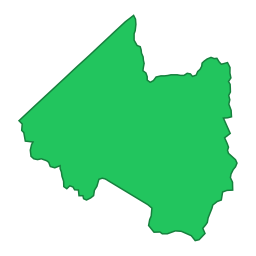 the district of Cerro Grande do Sul, Rio Grande do Sul, Brazil
{"feature_id": "56859067B43846706170936", "entity_name": "Cerro Grande do Sul", "entity_type": "district", "adm_level": 2, "iso_a3": "BRA", "parent_name": "Brazil", "parent_adm1": "Rio Grande do Sul", "projection": "albers", "projection_center": [-51.747, -30.579], "detail": "fine", "context": "isolated", "style": "filled", "palette": "green", "viewbox_px": 256, "rotation_deg": 0, "n_neighbors": 0, "source": "geoboundaries", "source_scale": "gbopen_adm2", "svg_char_len": 1769}
<svg xmlns="http://www.w3.org/2000/svg" viewBox="0 0 256 256"><path d="M19.0,120.7L22.2,124.0L21.7,130.4L23.8,132.6L25.3,141.1L33.0,142.0L31.6,144.5L30.3,150.1L31.0,156.3L33.8,158.8L37.6,159.6L41.3,158.8L46.6,160.7L48.7,162.3L50.3,166.5L54.8,167.8L60.1,165.7L60.2,168.8L61.4,172.0L62.0,176.3L63.6,181.2L63.8,186.6L66.8,188.7L69.8,185.8L73.0,187.0L74.6,189.8L78.4,190.0L79.0,195.7L82.9,195.7L83.6,198.7L86.5,200.0L90.7,197.9L93.6,195.6L94.4,190.3L96.9,186.3L98.9,179.3L102.2,178.2L105.2,178.9L147.9,204.7L151.9,208.1L151.2,216.0L149.7,219.6L148.6,225.5L154.0,232.2L160.0,232.0L162.3,233.8L167.3,233.8L175.3,230.9L181.3,231.3L191.3,235.7L195.2,240.6L199.1,239.7L205.0,233.5L202.8,228.3L205.7,224.8L207.3,222.5L208.1,217.9L211.9,208.4L212.8,205.0L217.2,201.5L221.3,200.0L222.6,192.0L226.9,190.4L232.7,190.1L232.5,182.2L230.4,177.7L231.0,174.1L233.2,169.6L235.5,166.8L237.0,163.1L235.5,159.7L228.5,153.4L227.5,150.4L228.5,147.2L227.1,143.4L224.6,137.8L230.2,133.4L223.4,118.1L227.6,117.8L231.5,116.8L231.1,110.3L228.8,104.1L229.8,99.8L228.7,95.4L230.4,92.0L230.3,88.0L230.1,84.3L228.5,81.5L230.9,77.9L229.9,73.1L230.0,67.5L227.5,62.6L223.8,63.6L221.3,64.2L219.2,62.0L216.9,58.3L214.2,58.6L211.0,57.4L207.1,59.0L204.2,61.1L202.1,63.1L201.7,66.3L200.1,69.3L197.7,71.5L196.2,75.1L192.5,76.4L190.4,73.9L187.2,73.3L184.0,75.4L180.5,75.4L177.2,74.8L173.9,74.8L171.0,74.8L167.8,75.5L164.4,75.9L160.8,75.9L156.1,77.0L153.4,80.6L150.2,82.3L147.2,80.1L147.2,76.7L145.9,73.0L142.9,70.7L143.3,67.8L144.1,63.4L143.4,60.3L143.1,56.9L141.5,53.2L141.1,49.7L140.2,46.7L137.1,45.5L134.1,40.2L134.1,33.7L135.2,30.7L135.9,24.4L135.5,19.2L133.6,15.4L125.4,21.7L114.3,32.0L95.0,50.1L86.0,58.5L77.7,66.0L63.5,79.3L34.8,105.9L19.0,120.7Z" fill="#22c55e" stroke="#15803d" stroke-width="1.5"/></svg>